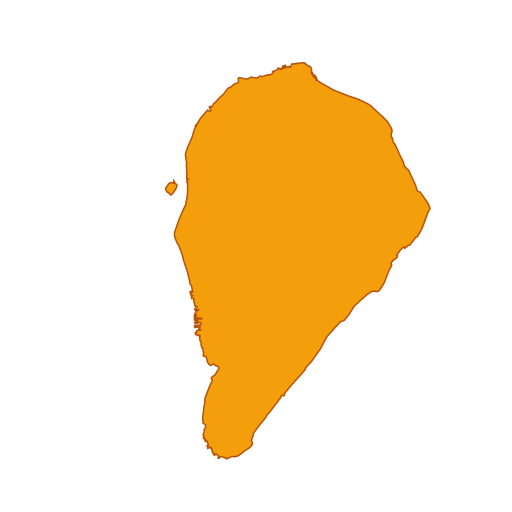 outline of Kota Tarakan, Kalimantan Timur, Indonesia, rotated 34°
{"feature_id": "22746128B97983454808676", "entity_name": "Kota Tarakan", "entity_type": "district", "adm_level": 2, "iso_a3": "IDN", "parent_name": "Indonesia", "parent_adm1": "Kalimantan Timur", "projection": "natural_earth1", "projection_center": [117.588, 3.341], "detail": "fine", "context": "isolated", "style": "filled", "palette": "amber", "viewbox_px": 512, "rotation_deg": 34, "n_neighbors": 0, "source": "geoboundaries", "source_scale": "gbopen_adm2", "svg_char_len": 6045}
<svg xmlns="http://www.w3.org/2000/svg" viewBox="0 0 512 512"><g transform="rotate(34 256 256)"><path d="M299.4,77.1L297.9,75.1L295.9,73.9L290.1,71.2L284.5,70.0L267.0,67.3L264.9,67.2L253.7,68.7L242.8,71.7L227.1,75.1L210.8,76.3L208.7,76.2L208.1,75.6L207.7,76.3L207.5,75.5L206.3,75.6L206.5,74.7L206.2,74.6L206.0,75.3L205.6,75.2L205.7,74.1L205.4,74.1L205.2,74.9L205.2,74.2L204.9,74.1L204.5,75.0L204.1,75.4L203.5,75.1L203.8,74.3L203.4,75.1L203.1,75.0L203.6,73.6L202.9,74.1L202.9,73.5L202.6,73.5L202.4,74.1L201.8,74.0L202.1,72.9L201.3,74.0L200.8,73.7L200.5,72.8L200.0,73.6L199.4,73.3L198.8,71.4L195.7,68.7L190.2,69.3L189.4,69.2L189.4,68.7L189.0,68.6L187.1,69.3L186.5,70.2L184.6,71.2L182.8,73.4L182.3,73.1L181.2,74.7L180.9,74.6L179.3,76.2L178.9,76.2L178.5,76.6L178.3,77.1L178.8,78.5L178.5,79.6L178.9,80.1L178.7,80.6L178.1,80.9L177.1,80.5L175.6,82.7L174.9,82.3L174.8,82.6L173.8,81.5L173.6,81.7L175.0,83.6L174.7,84.1L173.8,83.3L174.0,82.8L173.3,82.0L171.9,83.6L172.3,84.3L172.5,83.8L173.4,84.7L173.4,86.0L173.0,86.4L172.4,85.7L172.1,85.8L171.8,86.7L172.1,87.7L171.2,88.1L170.8,87.6L169.8,87.4L169.2,87.9L169.0,88.4L169.5,89.5L167.4,93.3L167.0,93.1L166.7,93.9L167.3,94.1L167.3,96.3L166.4,97.9L165.2,98.4L162.5,101.5L161.1,103.7L159.3,104.2L158.4,104.9L158.2,105.4L158.2,106.6L156.6,108.4L152.0,110.3L150.1,114.0L146.1,116.0L143.2,117.0L142.0,118.0L142.3,119.2L143.8,121.0L144.1,122.7L142.0,125.1L140.3,130.8L139.7,131.7L139.3,131.8L139.0,132.6L138.5,140.5L137.3,144.7L136.5,150.4L136.7,151.2L136.1,151.7L135.7,153.7L136.0,154.4L136.1,156.5L135.1,158.0L135.0,157.3L134.5,157.3L134.0,158.4L134.8,158.6L134.7,159.3L137.2,160.4L136.7,162.0L134.2,162.1L133.0,172.3L133.1,177.2L133.5,177.6L133.2,177.8L133.5,179.3L133.2,179.3L133.2,179.7L133.5,180.3L133.3,180.6L133.6,180.6L133.9,181.5L133.0,181.9L133.2,182.2L133.5,182.1L134.6,187.3L136.3,192.2L138.6,204.3L140.0,209.6L140.8,211.4L146.5,217.8L147.5,219.6L152.6,226.3L154.6,229.7L156.7,230.0L155.6,230.9L157.0,232.2L156.7,232.4L157.4,233.5L158.1,233.3L163.7,241.5L166.2,246.2L167.1,248.7L169.0,252.5L169.1,253.6L169.5,254.0L169.3,254.7L170.6,262.8L172.0,269.7L175.3,282.0L176.9,284.5L178.9,286.4L183.5,289.4L186.0,290.4L189.5,293.1L190.8,293.3L192.0,294.8L195.6,297.4L197.6,299.5L208.0,307.5L215.6,314.5L217.1,316.2L219.0,316.6L222.9,320.5L221.3,322.4L221.8,322.7L223.0,322.1L222.2,323.4L222.5,323.9L223.1,323.5L223.6,324.6L224.5,325.1L225.3,324.3L225.9,324.3L225.2,325.3L225.4,326.3L226.6,327.2L227.7,326.2L228.3,326.2L230.1,328.9L231.8,329.8L233.2,331.6L235.3,330.9L235.6,331.6L235.2,332.9L235.4,333.3L234.8,334.0L235.3,334.7L235.6,334.5L235.9,334.8L237.0,333.6L238.5,332.7L238.7,333.1L237.3,334.1L238.0,335.3L237.3,335.9L237.9,338.7L239.7,338.1L239.8,338.5L237.9,339.3L238.6,340.5L240.7,339.6L239.1,340.7L239.5,341.7L245.8,337.9L246.0,338.5L245.8,338.9L240.7,342.3L240.3,342.8L240.4,343.2L240.7,343.6L243.6,341.9L244.1,342.6L242.7,344.1L243.1,344.7L242.2,345.4L242.5,345.9L244.1,344.6L244.3,345.0L245.4,344.1L245.3,343.5L247.5,342.1L248.3,342.9L248.6,344.3L247.9,344.9L247.7,344.8L246.8,346.0L246.5,345.8L245.5,346.7L245.5,347.1L244.9,346.9L244.1,347.5L244.5,348.2L244.2,348.5L244.5,349.1L245.0,348.8L245.3,349.4L246.8,348.2L246.7,348.0L247.8,347.0L248.0,347.2L249.3,346.1L249.7,346.6L249.2,347.7L249.7,348.6L249.4,348.8L249.6,349.2L251.2,348.0L251.5,348.4L248.5,351.0L249.3,353.0L248.6,353.6L248.9,354.0L249.1,353.8L250.1,354.8L251.4,354.2L251.9,354.6L253.2,353.5L253.4,353.8L254.1,353.3L254.6,353.8L254.2,354.2L256.1,356.6L257.2,357.7L259.1,358.5L259.9,360.1L260.9,361.1L262.5,362.3L263.5,362.1L264.3,363.5L267.1,366.1L267.6,367.6L268.2,368.2L268.9,368.3L269.8,367.6L271.1,367.6L275.5,371.3L277.7,372.1L279.4,372.1L280.1,371.5L281.2,369.3L282.3,369.2L284.0,369.6L286.4,368.8L287.6,369.5L288.3,370.9L288.2,373.5L288.6,377.7L287.3,380.1L287.2,382.0L287.3,382.5L289.0,383.3L289.5,384.5L290.7,391.7L293.2,402.2L296.5,408.1L297.1,410.3L297.8,411.1L302.1,419.8L305.6,424.2L308.2,424.1L309.1,424.7L310.1,426.8L310.2,429.4L311.0,430.0L311.3,430.6L312.1,433.8L312.6,434.3L313.9,434.6L313.8,434.9L314.2,435.3L314.0,436.2L315.3,436.6L316.0,436.0L317.1,436.7L316.7,437.2L317.1,437.7L317.4,437.5L317.8,438.1L319.0,436.9L321.9,439.0L321.8,439.3L322.5,439.6L322.2,440.5L321.7,440.3L321.5,440.8L322.5,441.2L323.5,442.5L324.4,440.8L325.4,440.9L325.5,440.6L325.1,440.5L325.2,439.9L327.2,440.4L327.5,441.5L329.5,442.6L329.5,443.0L331.1,443.4L331.0,444.3L331.4,443.3L331.8,443.5L331.8,444.3L332.9,444.5L332.9,443.1L333.7,443.2L333.9,442.4L337.0,442.7L337.1,444.0L337.7,443.9L337.8,444.8L338.4,444.7L338.3,444.1L338.6,443.9L338.5,442.6L340.1,441.4L342.5,440.7L343.5,440.8L344.4,440.4L345.1,440.7L348.1,435.7L350.9,434.2L351.9,432.6L352.7,432.2L354.8,426.9L355.0,425.1L357.6,419.5L358.1,417.2L358.4,414.3L356.9,412.4L355.5,411.6L355.2,411.1L354.0,406.5L353.0,403.9L353.6,392.3L354.4,384.8L354.0,382.2L354.7,376.8L355.7,359.3L355.2,357.9L355.5,356.8L357.1,356.5L357.5,355.8L357.5,355.2L356.6,354.4L357.0,348.8L357.4,344.3L359.6,328.9L360.3,322.1L359.7,321.6L359.7,320.8L361.0,312.4L361.3,296.4L359.9,283.0L362.7,263.5L365.2,259.9L365.8,252.0L365.5,244.2L365.7,241.0L366.7,238.1L367.0,235.9L369.8,225.4L371.7,221.0L372.5,219.8L376.4,217.7L377.3,216.7L377.6,214.6L377.3,206.6L374.2,193.0L374.2,190.3L373.3,187.2L372.2,186.8L371.9,185.4L372.2,182.0L372.7,181.6L373.6,179.3L373.7,178.3L373.1,176.8L372.2,176.5L372.3,171.7L372.7,168.1L373.7,165.5L374.1,165.4L374.9,166.4L375.1,166.3L375.9,163.9L375.7,162.8L377.4,161.0L378.1,151.2L378.9,150.0L379.0,149.0L378.3,140.5L374.1,123.1L373.7,119.2L369.4,116.2L356.4,111.2L353.8,112.0L347.8,107.5L334.3,99.4L331.6,99.4L330.7,98.6L329.9,98.9L329.0,98.7L325.4,95.6L318.1,91.5L311.1,87.0L310.4,87.1L308.8,85.5L306.4,85.1L302.8,81.7L301.7,81.6L300.6,80.3L299.8,79.2L299.4,77.1ZM151.7,252.3L152.1,249.6L152.0,245.8L151.9,244.3L151.1,241.6L150.1,241.0L147.3,241.4L144.1,242.9L143.2,244.9L143.3,249.1L143.1,249.4L143.5,251.0L146.2,252.6L149.2,252.6L151.2,253.1L151.7,252.3ZM147.4,240.4L147.1,240.0L145.8,239.6L146.4,240.4L147.4,240.4Z" fill="#f59e0b" stroke="#b45309" stroke-width="1.5"/></g></svg>